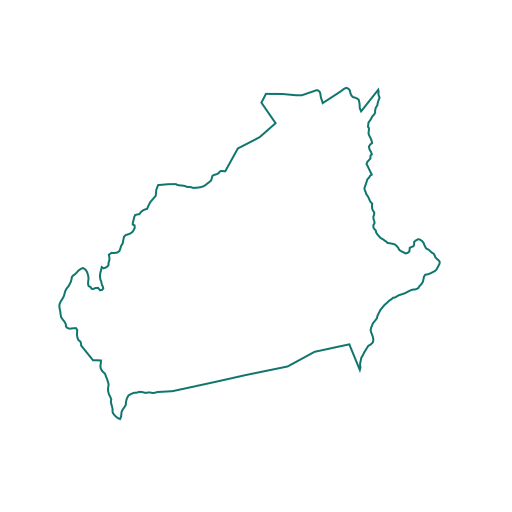 outline of Jaguarari, Bahia, Brazil, rotated 193°
{"feature_id": "56859067B76706661929889", "entity_name": "Jaguarari", "entity_type": "district", "adm_level": 2, "iso_a3": "BRA", "parent_name": "Brazil", "parent_adm1": "Bahia", "projection": "robinson", "projection_center": [-40.065, -10.053], "detail": "fine", "context": "isolated", "style": "outline", "palette": "teal", "viewbox_px": 512, "rotation_deg": 193, "n_neighbors": 0, "source": "geoboundaries", "source_scale": "gbopen_adm2", "svg_char_len": 4989}
<svg xmlns="http://www.w3.org/2000/svg" viewBox="0 0 512 512"><g transform="rotate(193 256 256)"><path d="M422.0,205.4L423.8,204.0L425.7,201.9L427.0,199.5L428.3,197.4L429.8,195.9L430.7,194.1L430.5,191.5L430.7,188.8L431.2,186.8L431.7,184.9L432.6,182.9L433.4,181.2L433.9,179.1L434.1,176.3L434.1,174.3L434.6,172.1L435.3,169.7L436.0,168.1L436.6,164.7L436.1,162.1L435.0,159.4L434.1,157.7L433.3,155.2L432.1,152.5L429.7,150.3L428.3,149.3L427.0,148.0L425.9,146.6L425.3,144.5L423.7,143.5L421.5,143.2L419.6,143.8L417.5,144.6L415.0,145.2L413.5,143.4L413.1,141.2L412.8,139.1L411.7,136.4L410.2,134.2L407.9,133.1L406.8,131.4L406.2,129.4L391.3,117.7L388.2,118.5L383.6,119.3L383.2,117.3L383.0,115.6L382.9,113.7L381.8,111.2L379.9,109.2L378.3,108.3L376.4,107.1L375.1,104.8L373.6,102.9L372.2,100.5L370.8,97.9L370.5,95.5L370.4,93.7L369.8,91.3L368.2,88.2L366.6,86.3L364.8,83.8L364.7,81.5L363.7,79.2L362.3,76.7L361.3,74.6L361.0,72.8L360.2,70.9L358.0,69.0L355.4,67.5L353.7,66.9L351.8,66.5L351.3,68.8L351.6,71.5L351.9,73.5L351.6,75.5L351.0,77.3L350.2,79.1L349.4,81.6L349.8,84.0L349.9,86.7L349.6,88.7L348.9,91.5L347.5,92.7L345.8,94.1L343.8,95.4L341.7,95.9L339.3,97.3L336.8,97.8L334.7,97.8L333.1,97.7L331.7,98.2L329.7,99.0L327.9,99.2L325.5,99.3L323.6,100.1L321.7,101.2L307.0,105.5L272.8,121.6L267.3,124.2L239.2,137.7L200.3,155.5L177.4,175.8L160.8,183.6L157.9,185.0L145.2,190.9L129.2,168.3L129.1,170.7L130.1,173.4L130.4,175.2L130.4,177.7L130.5,180.5L129.6,183.2L129.0,186.0L127.4,190.8L126.4,193.7L124.3,195.6L122.8,198.0L122.7,200.2L123.3,202.2L124.6,204.6L126.0,206.6L127.6,209.3L127.7,212.2L127.3,214.1L127.0,216.5L126.2,218.2L124.9,220.9L124.2,222.6L124.2,225.1L123.7,227.1L123.3,228.8L122.7,231.4L121.0,234.8L119.8,237.2L117.8,239.9L116.0,242.7L114.5,244.1L113.1,246.1L111.0,247.0L109.3,248.7L107.7,250.1L105.1,251.6L102.4,253.3L100.0,255.4L97.7,257.3L95.6,258.6L93.8,259.0L92.4,259.8L90.7,261.2L90.0,263.3L88.4,266.0L87.6,268.4L87.6,270.8L87.7,273.5L86.9,275.8L84.3,276.9L82.9,277.8L81.5,278.9L79.9,280.2L78.2,281.7L77.0,283.6L76.6,285.3L76.0,287.6L75.4,289.9L75.8,291.8L77.3,293.0L79.2,293.9L81.0,295.2L82.0,296.7L83.4,298.2L85.6,298.9L87.2,299.8L89.1,300.9L92.0,301.7L94.0,304.0L95.7,306.5L97.5,307.9L100.1,308.9L101.8,308.8L103.9,307.0L105.1,305.2L104.5,303.0L104.7,301.0L106.6,299.7L108.0,298.6L107.8,296.8L107.6,294.8L109.0,293.1L111.1,292.1L113.1,292.8L115.2,293.2L117.6,294.0L119.5,296.2L121.1,297.3L122.7,298.3L124.3,298.6L125.8,298.6L128.5,298.5L130.8,298.3L132.2,299.3L133.9,299.8L135.6,300.7L137.2,301.1L138.7,301.6L140.6,302.9L142.4,304.2L144.3,306.0L145.0,307.8L146.5,308.7L147.9,310.1L148.6,312.3L147.9,314.7L148.5,316.4L149.6,318.1L150.5,320.5L150.2,322.8L150.6,325.1L152.5,326.8L153.6,328.6L154.3,331.1L154.6,333.2L156.8,334.6L158.3,336.6L159.8,338.6L161.4,340.2L162.6,341.2L163.5,342.9L164.7,344.4L165.6,346.3L165.3,349.5L165.0,352.2L164.7,355.9L163.6,357.5L162.8,360.0L161.5,361.3L169.0,370.6L168.7,372.8L167.6,374.6L166.5,376.7L167.0,379.6L166.0,381.2L167.4,383.3L169.3,385.3L170.6,387.9L169.8,390.3L168.3,392.2L169.4,394.5L170.4,396.0L172.2,398.2L173.5,399.8L174.1,401.5L174.3,404.1L174.8,406.1L176.0,407.2L176.2,409.5L176.4,411.5L175.2,414.1L174.7,415.8L174.1,418.1L172.7,420.5L172.2,422.5L172.7,424.8L172.6,427.5L171.7,430.1L171.8,432.9L171.6,435.6L171.2,438.1L172.2,439.5L173.2,441.3L173.5,443.7L174.3,445.5L186.1,420.6L187.4,422.3L188.3,423.8L188.9,426.2L190.0,429.2L191.1,431.4L193.3,432.3L195.3,432.6L197.3,432.6L199.2,433.9L200.7,436.0L201.9,438.6L203.7,439.8L205.8,440.2L207.7,438.8L211.5,434.4L225.4,420.0L226.7,422.3L228.1,424.5L229.0,426.4L229.7,428.4L230.7,430.1L232.2,431.0L233.7,431.4L235.2,430.6L247.5,422.9L253.4,421.6L266.7,419.8L282.8,416.2L285.2,406.6L266.8,389.8L279.1,372.7L284.7,367.8L297.9,356.7L305.0,331.7L307.0,331.3L309.3,331.0L310.4,329.8L311.2,328.1L313.0,326.7L315.0,325.6L316.4,324.5L316.6,321.9L316.7,319.6L318.2,317.4L319.8,315.6L321.1,313.8L323.0,312.0L325.5,310.6L327.9,309.6L330.5,308.8L332.7,308.2L334.3,308.4L336.5,308.3L338.4,307.8L340.4,308.1L342.2,308.2L346.0,307.7L348.5,307.5L350.2,308.0L357.4,306.3L367.3,303.1L367.6,301.2L367.9,299.2L368.0,297.5L367.6,295.0L367.3,292.0L371.0,285.0L371.7,282.5L372.3,280.1L372.7,277.4L374.3,276.6L376.2,275.2L377.9,273.2L379.1,270.5L381.4,269.6L383.0,268.7L383.4,266.4L383.4,263.6L383.5,260.8L383.2,259.0L381.2,258.5L380.5,256.0L381.0,254.0L381.7,251.8L383.6,249.6L385.6,248.3L387.6,247.1L388.9,245.2L388.9,241.7L388.7,238.5L389.7,235.4L389.9,232.3L390.2,230.1L392.0,228.1L393.5,227.5L395.7,226.8L397.4,226.6L398.6,225.3L399.7,224.1L398.5,221.5L397.9,218.7L398.2,216.5L397.7,214.3L398.3,212.5L400.1,210.7L401.8,209.7L403.8,210.5L403.8,207.7L403.9,204.8L403.7,202.2L403.1,200.0L402.2,197.8L401.2,196.5L400.4,194.9L399.7,193.3L398.5,191.9L397.5,190.1L398.3,188.4L400.2,187.5L402.7,189.4L405.2,188.7L406.7,187.5L408.7,187.0L410.4,188.6L412.3,189.0L413.3,190.8L413.7,192.7L413.9,194.5L414.1,196.3L415.0,198.9L416.0,200.7L417.2,202.6L418.9,204.3L422.0,205.4Z" fill="none" stroke="#0f766e" stroke-width="2"/></g></svg>